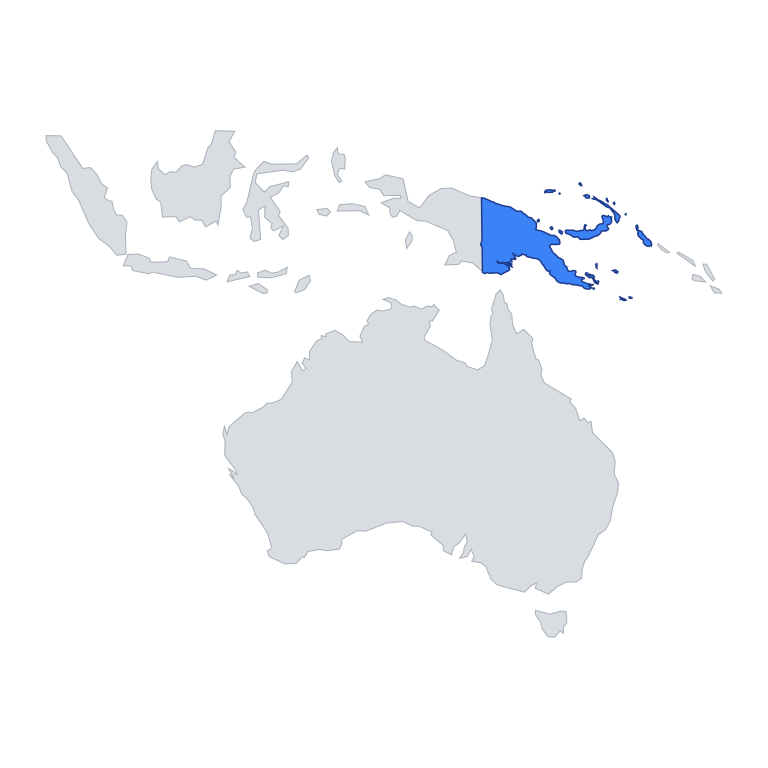 map of Papua New Guinea with Indonesia, Solomon Islands and Australia greyed out
{"feature_id": "PNG", "entity_name": "Papua New Guinea", "entity_type": "country or territory", "adm_level": 0, "iso_a3": "PNG", "parent_name": "Oceania", "parent_adm1": "", "projection": "orthographic", "projection_center": [148.76, -6.492], "detail": "fine", "context": "with_neighbors", "style": "filled", "palette": "blue", "viewbox_px": 768, "rotation_deg": 0, "n_neighbors": 3, "source": "natural_earth", "source_scale": "50m", "svg_char_len": 11542}
<svg xmlns="http://www.w3.org/2000/svg" viewBox="0 0 768 768"><path d="M481.8,197.8L483.2,272.3L473.0,263.1L461.6,261.0L459.0,264.3L444.9,265.0L449.3,255.6L456.3,252.2L453.1,239.9L447.6,230.4L425.8,221.2L416.6,220.5L399.8,210.4L396.7,216.1L392.5,217.2L389.9,213.1L389.8,208.1L381.3,202.8L393.1,198.3L401.0,198.3L400.0,195.3L383.9,195.8L379.5,189.2L369.7,187.4L365.1,181.9L379.8,178.6L385.4,174.8L403.1,178.9L408.1,201.4L419.7,207.9L428.8,195.6L441.6,188.4L451.6,188.1L469.6,195.9L481.8,197.8ZM309.0,275.3L310.6,280.9L304.5,289.8L295.9,292.8L294.6,291.5L299.1,280.3L309.0,275.3ZM406.7,248.6L405.4,240.0L409.5,231.9L412.1,235.2L412.2,240.7L406.7,248.6ZM234.8,131.2L228.9,141.8L235.8,152.0L234.0,157.3L244.9,167.1L233.2,169.2L229.9,177.1L230.4,187.4L221.1,195.9L221.1,207.2L217.9,224.9L216.3,221.0L205.7,226.9L201.7,220.2L195.0,220.1L190.2,216.8L179.4,221.8L175.9,216.6L162.5,217.1L160.7,201.9L156.3,199.2L151.9,189.8L150.7,180.0L151.8,169.4L157.2,161.4L158.5,168.8L164.6,174.7L170.4,171.8L176.2,172.2L181.6,166.0L186.1,164.6L194.9,167.1L202.6,164.1L207.8,148.0L211.5,143.8L215.3,130.7L234.8,131.2ZM352.9,203.7L364.8,206.5L369.0,215.1L359.7,210.7L337.2,211.1L339.7,204.7L352.9,203.7ZM326.5,216.1L319.1,214.3L316.9,209.5L327.6,208.5L330.3,212.1L326.5,216.1ZM337.4,147.7L338.1,153.9L344.4,154.6L345.3,159.2L344.7,169.1L339.2,168.3L337.6,175.2L342.0,181.1L339.0,182.5L334.7,175.5L331.5,161.1L333.8,152.0L337.4,147.7ZM271.8,164.2L296.6,163.9L307.0,155.1L308.8,157.6L300.3,169.3L292.5,171.8L282.6,170.2L256.7,173.9L255.3,182.6L264.4,192.1L269.8,186.7L288.9,181.7L288.1,187.0L283.6,185.6L279.2,192.5L270.3,197.4L280.2,211.5L278.5,215.5L288.1,228.2L288.3,235.7L283.0,239.4L278.8,235.6L283.4,225.9L273.5,230.9L270.9,227.9L272.1,223.4L264.6,217.2L265.0,206.0L258.4,209.9L260.7,239.4L254.4,241.5L250.0,238.4L252.4,227.7L250.5,216.8L246.3,217.0L243.0,209.4L247.0,201.6L253.2,175.0L255.3,170.2L263.9,161.3L271.8,164.2ZM262.9,293.5L249.1,286.3L258.1,283.5L267.4,289.9L267.0,293.0L262.9,293.5ZM271.8,273.2L278.4,272.0L287.3,267.3L286.2,273.7L271.2,277.8L257.9,277.2L257.5,273.0L265.3,270.2L271.8,273.2ZM241.1,273.2L247.1,271.8L249.9,276.5L227.1,281.8L229.8,275.0L235.1,274.6L237.4,270.3L241.1,273.2ZM149.3,258.3L150.7,262.2L167.7,261.8L169.3,256.9L186.5,261.0L190.4,268.1L204.5,269.1L216.6,275.0L206.2,280.1L195.6,276.3L177.8,277.3L152.2,272.0L148.7,273.8L132.8,270.6L130.9,265.9L123.2,265.8L128.1,254.4L138.4,254.0L149.3,258.3ZM111.9,201.0L113.4,208.8L116.4,214.9L122.5,215.2L126.9,222.0L125.4,236.4L126.1,254.1L117.0,255.3L109.5,246.5L98.7,238.4L88.7,223.3L78.6,200.0L72.0,191.4L67.3,173.5L61.0,167.2L57.6,158.1L52.7,152.5L46.3,141.2L46.1,135.6L61.1,135.9L82.7,168.4L90.5,167.6L96.9,174.5L101.4,183.5L107.5,188.0L104.3,197.6L109.0,201.1L111.9,201.0Z" fill="#d9dde1" stroke="#a8b0b8" stroke-width="1"/><path d="M719.0,289.2L721.9,293.2L714.3,292.9L710.4,285.8L719.0,289.2ZM714.6,279.0L712.9,281.1L705.1,271.0L703.0,264.1L706.7,264.2L714.6,279.0ZM705.4,281.9L694.4,280.7L692.1,278.9L692.9,274.4L700.2,276.4L705.4,281.9ZM692.6,260.4L695.6,266.4L676.9,253.3L678.5,252.1L692.6,260.4ZM658.3,243.5L669.3,252.3L667.1,252.9L662.2,250.2L657.7,245.4L658.3,243.5Z" fill="#d9dde1" stroke="#a8b0b8" stroke-width="1"/><path d="M560.9,611.0L566.1,611.7L566.8,622.8L563.9,626.0L563.1,633.4L560.2,630.9L554.5,637.3L547.7,636.5L542.2,628.7L540.8,622.6L535.4,614.5L535.4,610.2L549.5,614.2L560.9,611.0ZM357.0,530.8L341.8,539.3L341.5,544.7L339.4,549.0L327.1,550.8L319.1,549.4L307.8,551.7L304.6,557.3L302.1,557.0L296.1,563.5L284.8,563.9L269.2,556.6L267.3,550.8L270.8,549.1L271.4,546.8L268.5,536.0L265.7,530.0L254.9,514.1L253.5,508.2L247.0,498.6L242.1,494.7L238.7,486.5L229.2,474.0L234.1,478.3L228.6,468.6L233.6,471.4L237.2,475.4L235.6,469.9L224.7,455.4L225.1,440.7L222.7,434.5L224.5,426.3L227.0,434.6L229.0,426.8L244.9,413.0L248.9,411.9L251.7,413.1L263.5,406.9L266.8,403.2L272.0,403.1L281.4,399.3L292.2,382.0L291.5,371.4L297.1,361.5L302.5,370.9L306.4,368.5L302.2,363.4L304.7,357.8L309.4,360.0L309.6,351.3L316.5,340.9L321.4,338.8L321.2,335.6L325.9,336.7L325.8,333.9L335.0,330.3L343.1,335.1L349.4,341.6L362.6,342.2L359.9,336.1L364.2,326.8L368.7,323.6L366.9,320.9L371.0,314.2L377.2,310.0L382.7,311.1L391.6,308.7L391.1,302.9L383.0,299.4L388.6,297.6L395.9,300.1L401.9,304.6L411.2,307.3L414.2,306.0L421.1,309.3L427.3,305.9L431.5,306.8L433.9,304.6L439.2,310.1L432.6,320.9L428.9,321.4L430.4,325.9L424.0,337.3L425.0,340.5L442.4,349.9L456.3,360.1L465.1,362.8L467.0,366.3L477.4,369.9L484.4,365.9L488.3,354.9L492.4,339.6L489.9,324.4L491.1,315.8L493.2,313.5L491.4,309.7L496.1,294.1L500.1,289.8L503.4,295.3L504.3,302.5L507.1,303.8L507.7,308.6L511.8,314.3L512.5,324.9L516.7,333.7L523.7,329.4L532.8,338.5L531.7,343.5L534.2,353.2L536.0,358.8L538.8,360.2L541.9,369.8L540.9,375.6L544.5,383.1L571.1,399.0L569.7,401.7L575.8,408.7L579.9,420.6L584.1,418.2L588.4,423.0L591.0,421.3L592.6,432.9L612.5,452.7L615.1,461.4L614.2,474.2L618.6,483.3L617.6,492.6L612.7,506.8L610.4,520.2L605.7,529.6L598.4,534.6L588.4,556.1L584.7,561.1L582.3,568.6L581.4,578.5L576.2,581.9L566.1,582.2L557.8,586.2L548.5,594.2L535.4,588.3L536.5,583.2L531.7,585.1L524.3,592.2L497.2,584.8L490.8,578.9L485.7,566.5L480.8,562.6L471.8,561.5L474.2,556.6L471.1,549.2L467.5,556.3L459.6,558.3L463.6,552.6L464.3,546.8L467.3,541.7L465.7,534.2L459.1,543.0L453.8,546.7L451.4,554.8L443.6,550.8L443.1,545.4L430.7,534.6L432.1,532.1L419.2,526.3L412.6,526.2L402.8,521.5L386.4,523.1L365.7,531.1L357.0,530.8Z" fill="#d9dde1" stroke="#a8b0b8" stroke-width="1"/><path d="M482.5,272.3L482.1,247.0L480.8,245.2L480.9,243.7L482.0,240.6L481.5,197.9L483.9,198.1L489.6,200.5L491.3,201.5L493.0,201.8L495.5,203.2L503.4,205.8L510.3,207.0L516.7,211.2L518.7,211.3L520.2,211.1L521.3,211.3L521.9,211.7L522.2,212.3L523.1,213.3L524.3,213.7L525.5,214.5L528.3,217.3L531.1,217.7L536.1,222.6L536.3,223.4L536.4,226.7L535.9,229.3L537.1,230.1L541.1,230.9L543.4,231.7L550.5,235.1L551.5,235.4L554.4,235.5L556.6,236.7L558.5,239.0L559.3,239.6L559.9,242.3L559.8,243.6L559.4,244.1L558.2,244.3L554.2,244.5L551.5,244.3L549.7,245.6L549.7,246.7L551.4,249.4L552.4,251.8L553.2,252.8L555.4,254.5L558.4,257.5L560.8,258.6L563.0,260.1L563.9,262.7L564.4,265.2L566.7,266.8L567.5,269.6L568.2,270.9L569.3,271.4L570.5,271.3L574.0,270.5L575.1,270.7L575.7,271.1L575.9,272.4L575.3,273.7L575.2,275.0L575.8,276.0L578.2,277.0L582.6,277.5L584.3,278.2L584.0,278.7L581.4,279.5L581.5,280.2L582.7,281.9L588.2,283.9L590.2,284.1L591.6,284.7L593.7,284.5L591.3,285.6L589.1,285.3L588.7,285.6L589.6,286.6L591.4,287.7L591.1,288.1L589.5,289.0L587.7,289.2L584.3,288.3L583.5,287.2L581.3,285.8L579.0,285.6L576.8,285.0L572.2,284.6L569.0,283.5L566.5,283.9L564.6,283.2L563.3,283.0L562.2,283.2L559.0,282.5L556.6,280.7L555.9,279.3L554.9,278.0L550.5,274.8L549.5,273.2L549.9,271.0L549.3,271.4L548.7,271.3L546.9,270.6L546.1,269.8L544.1,266.3L542.3,264.1L541.0,261.8L539.3,259.8L535.8,258.4L532.9,258.2L530.9,257.4L527.3,256.8L526.3,256.0L526.0,254.8L525.0,255.0L522.0,254.1L521.4,254.5L521.2,255.4L520.3,255.3L518.8,256.4L517.9,256.3L515.1,255.4L513.1,253.4L512.4,253.0L513.4,254.0L515.7,258.5L514.5,258.5L515.1,259.3L514.4,259.5L511.3,259.0L510.9,259.2L512.0,261.5L506.2,262.8L504.0,262.8L501.8,262.4L499.7,263.0L498.9,262.9L497.7,261.2L496.2,261.6L497.5,261.6L498.2,262.9L499.2,263.5L500.3,263.1L502.8,263.2L506.4,264.7L508.6,266.8L509.4,267.9L509.6,269.6L509.3,270.2L503.7,273.0L501.3,274.5L500.1,274.2L498.5,273.3L496.6,272.7L489.8,273.3L487.4,272.6L486.1,272.8L485.3,273.4L484.3,273.5L482.5,272.3ZM605.0,215.7L606.7,216.9L608.4,215.7L609.3,216.5L611.7,217.2L611.2,218.9L611.7,220.5L611.6,221.6L611.1,222.7L610.0,224.2L609.0,224.6L607.2,224.7L606.9,225.5L607.0,226.4L608.7,228.8L607.9,229.9L605.5,231.1L603.6,230.9L601.5,231.0L600.5,233.2L598.2,235.2L596.1,236.2L594.7,236.4L593.5,236.9L592.3,237.8L590.9,238.2L589.6,239.0L586.4,239.3L580.3,239.3L579.7,239.0L578.4,237.4L577.2,236.9L574.0,237.3L569.7,234.5L566.1,233.3L565.4,232.2L565.4,230.8L566.4,230.0L567.9,230.4L569.1,230.1L570.4,230.4L572.9,230.1L575.7,231.1L577.0,231.2L578.3,231.1L580.1,230.5L582.4,230.6L583.9,229.7L584.4,226.2L584.8,225.0L585.3,224.7L586.2,225.4L585.2,226.7L585.1,228.1L585.5,229.5L586.4,230.6L587.7,230.7L588.9,230.0L590.2,229.9L591.4,230.6L592.6,230.4L593.2,230.0L594.5,229.7L595.1,229.5L597.2,225.9L599.4,224.2L600.7,223.9L602.2,223.9L603.3,223.3L603.3,220.5L601.9,216.6L602.5,215.5L605.0,215.7ZM651.7,244.4L651.2,245.7L651.0,245.3L650.0,245.7L649.0,246.4L646.8,246.0L644.8,244.7L643.3,242.5L643.6,241.2L643.2,240.0L641.1,238.8L640.3,237.6L639.5,237.1L638.3,235.6L637.7,233.5L638.1,231.2L638.0,230.0L639.6,230.9L641.0,231.2L642.1,232.1L643.3,234.5L645.2,236.2L646.3,238.2L648.2,239.1L650.2,240.9L651.4,243.0L651.7,244.4ZM618.7,221.0L617.2,222.8L615.5,220.6L614.8,219.0L615.0,216.5L614.7,214.8L613.9,213.2L610.3,208.5L609.3,207.6L606.8,207.0L605.8,206.4L602.3,203.6L601.0,203.0L600.4,202.2L596.5,199.8L595.4,199.3L594.0,199.3L592.8,198.8L593.8,198.5L594.0,197.7L593.8,196.9L597.7,199.4L598.3,200.3L599.3,200.4L601.2,201.1L603.6,202.6L604.9,203.8L607.5,204.7L609.2,206.5L618.7,214.6L619.9,216.2L620.0,217.4L619.0,218.8L618.7,221.0ZM550.8,189.9L554.6,190.6L554.9,190.6L554.9,190.3L555.1,190.5L555.1,191.0L553.9,191.1L552.4,192.4L551.7,192.2L549.2,192.5L547.2,192.1L546.6,192.4L545.9,192.3L544.9,192.7L544.7,191.8L545.6,191.5L545.4,190.6L546.1,190.1L547.3,190.1L548.4,189.8L550.8,189.9ZM590.1,274.3L591.7,275.2L592.6,275.0L593.0,275.1L594.1,276.2L594.2,278.0L593.7,278.4L593.7,277.9L593.3,277.8L589.1,277.5L589.9,276.5L589.1,275.3L589.1,274.4L590.1,274.3ZM589.3,197.9L587.0,198.0L586.2,197.9L584.8,196.2L583.9,195.7L585.5,194.9L586.9,194.7L589.2,195.7L589.5,196.5L589.3,197.9ZM596.3,282.0L596.8,282.0L597.6,281.2L598.3,280.9L598.7,281.3L598.0,284.0L594.9,282.8L594.9,281.8L594.2,281.4L593.0,279.2L592.9,278.4L593.9,279.5L596.0,281.1L595.9,281.6L596.3,282.0ZM613.9,270.0L615.9,270.1L616.3,270.8L617.5,271.3L617.9,271.7L617.5,272.4L617.6,272.9L616.5,273.1L614.8,272.4L614.7,271.9L613.9,271.1L612.6,270.6L613.9,270.0ZM623.6,298.8L625.5,299.4L626.1,300.1L623.8,300.6L623.4,300.2L621.9,299.7L621.6,299.0L620.8,299.2L621.2,298.7L620.3,298.1L619.9,297.0L623.6,298.8ZM561.8,234.0L561.4,234.1L561.2,233.6L560.1,233.1L559.0,231.8L559.2,230.2L559.8,230.2L562.1,231.6L562.4,232.0L562.2,233.3L561.8,234.0ZM588.3,274.9L587.9,276.3L587.2,276.0L585.4,274.5L585.7,273.3L586.5,272.7L587.8,273.3L588.3,274.9ZM637.7,229.3L636.8,230.0L636.4,228.5L635.9,226.2L637.0,225.1L637.5,225.6L637.6,226.6L638.0,227.5L637.7,229.3ZM552.1,229.5L551.5,229.6L550.2,228.1L550.3,227.5L551.6,226.8L552.5,227.5L552.7,229.0L552.1,229.5ZM581.2,183.8L581.6,185.6L580.6,185.5L579.2,184.3L579.2,183.6L579.6,182.9L580.1,183.0L581.2,183.8ZM538.9,221.5L538.2,221.9L537.6,221.6L537.4,220.9L537.6,220.1L538.7,219.4L539.1,219.8L539.3,220.5L538.9,221.5ZM596.7,267.3L596.9,268.1L596.0,267.3L596.4,265.4L595.6,264.9L596.0,264.1L596.8,263.7L596.8,264.9L597.1,265.4L596.7,267.3ZM511.8,266.4L512.0,266.9L510.4,266.2L508.0,264.8L507.4,264.1L510.1,265.1L511.8,266.4ZM511.7,264.7L511.2,264.7L509.2,264.0L508.7,263.4L511.7,263.6L511.7,264.7ZM632.0,297.6L631.8,298.2L631.4,298.0L630.2,298.3L629.5,298.2L629.1,297.4L630.1,297.6L630.0,297.0L632.0,297.6ZM614.8,203.4L614.5,204.4L613.8,203.8L613.3,203.0L613.6,202.6L614.4,202.4L614.8,203.4ZM608.3,201.2L608.2,201.8L607.8,201.8L606.6,200.4L606.9,200.1L608.3,201.2ZM594.2,288.2L594.0,289.1L592.9,288.7L593.1,288.1L594.2,288.2ZM607.3,199.7L606.4,199.9L606.5,198.5L607.2,198.8L607.3,199.7ZM560.1,193.5L559.7,194.1L558.5,193.9L559.1,193.8L559.6,193.1L560.1,193.5ZM626.0,213.9L625.9,214.8L625.2,214.5L626.0,213.9Z" fill="#3b82f6" stroke="#1e3a8a" stroke-width="1.5"/></svg>